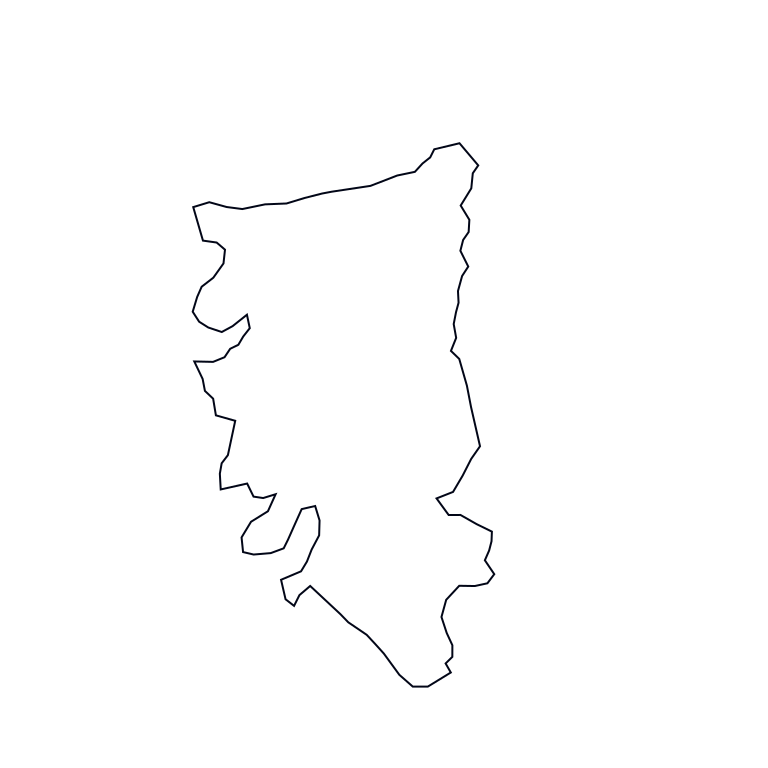 the district of Anahy, Paraná, Brazil, rotated 138°
{"feature_id": "56859067B93303165514220", "entity_name": "Anahy", "entity_type": "district", "adm_level": 2, "iso_a3": "BRA", "parent_name": "Brazil", "parent_adm1": "Paraná", "projection": "robinson", "projection_center": [-53.136, -24.641], "detail": "fine", "context": "isolated", "style": "outline", "palette": "ink", "viewbox_px": 768, "rotation_deg": 138, "n_neighbors": 0, "source": "geoboundaries", "source_scale": "gbopen_adm2", "svg_char_len": 1618}
<svg xmlns="http://www.w3.org/2000/svg" viewBox="0 0 768 768"><g transform="rotate(138 384 384)"><path d="M599.3,279.3L588.1,283.7L574.0,283.3L570.4,242.1L570.0,230.8L564.7,209.2L564.5,196.3L564.5,183.7L567.2,157.6L565.1,139.9L553.9,129.8L527.4,124.9L525.2,135.1L515.8,135.5L508.0,144.1L504.0,157.0L497.2,172.4L482.2,182.0L463.1,183.7L451.7,173.1L440.5,166.7L429.3,168.9L427.0,185.5L417.3,189.9L409.3,195.2L402.6,202.1L408.9,217.8L414.8,235.5L423.6,243.4L421.5,263.8L404.9,257.6L386.8,263.3L369.3,270.0L354.3,273.5L334.7,308.7L323.5,327.3L311.3,352.3L312.1,363.8L299.5,370.0L292.1,381.9L282.4,389.2L274.2,394.5L266.8,403.6L253.7,412.0L242.8,414.9L238.1,431.9L228.8,438.1L219.4,440.3L210.7,448.9L207.6,465.3L188.2,471.0L177.0,481.2L167.7,483.4L166.8,512.4L189.6,524.8L198.0,521.5L207.8,522.1L219.1,521.0L234.7,530.1L261.5,540.3L294.2,561.9L302.6,567.0L318.6,575.4L335.7,583.4L352.2,597.1L372.2,608.8L382.5,620.8L392.2,636.0L407.4,643.1L422.6,611.7L413.7,601.1L412.3,590.2L422.6,581.0L439.7,577.2L454.4,578.3L464.6,573.7L477.8,565.7L479.7,554.0L476.8,543.6L469.8,531.2L457.8,528.3L439.5,527.2L446.4,515.3L456.8,513.5L466.0,510.6L474.7,513.1L484.6,510.6L496.2,514.8L509.9,527.7L515.4,509.1L521.7,498.7L520.8,487.4L529.9,473.2L519.2,456.2L547.6,435.6L557.7,433.7L566.0,427.2L575.9,414.9L552.3,401.6L556.3,387.6L550.1,380.1L538.3,374.6L555.4,367.1L575.0,370.6L592.5,365.3L601.2,353.4L595.0,344.5L581.3,334.1L568.5,329.0L559.4,332.6L543.0,339.9L528.9,346.1L516.8,339.4L523.2,325.7L533.5,314.9L548.5,309.4L560.1,303.6L571.0,300.3L591.5,307.4L601.2,289.9L599.3,279.3Z" fill="none" stroke="#020617" stroke-width="2"/></g></svg>